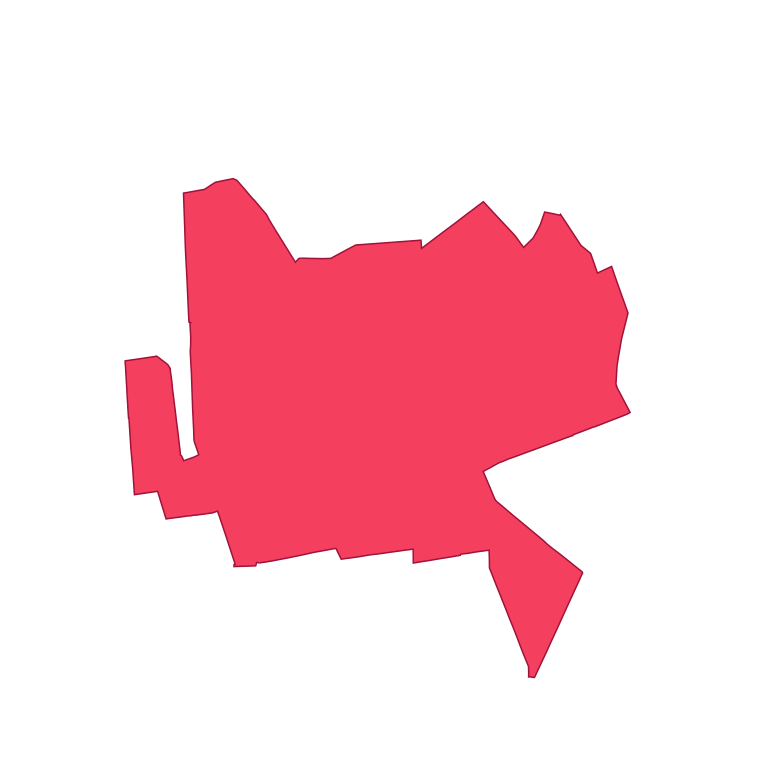 Otelec, Timis, Romania, rotated 296°
{"feature_id": "2599482B41708368975708", "entity_name": "Otelec", "entity_type": "district", "adm_level": 2, "iso_a3": "ROU", "parent_name": "Romania", "parent_adm1": "Timis", "projection": "natural_earth1", "projection_center": [20.849, 45.575], "detail": "fine", "context": "isolated", "style": "filled", "palette": "rose", "viewbox_px": 768, "rotation_deg": 296, "n_neighbors": 0, "source": "geoboundaries", "source_scale": "gbopen_adm2", "svg_char_len": 4059}
<svg xmlns="http://www.w3.org/2000/svg" viewBox="0 0 768 768"><g transform="rotate(296 384 384)"><path d="M466.3,617.7L473.3,608.2L483.7,594.0L484.0,594.2L485.6,592.5L495.3,588.5L502.7,585.4L511.9,582.6L524.7,578.9L529.6,577.5L534.5,576.5L551.5,572.9L554.7,572.2L559.5,567.4L567.5,559.2L576.6,549.9L589.4,537.0L577.3,527.2L580.9,523.6L591.6,512.8L592.0,512.2L593.2,507.3L594.9,500.2L597.6,495.7L607.8,478.6L613.9,468.2L612.8,468.0L611.1,461.0L609.0,453.0L599.4,454.2L595.9,454.6L590.6,454.6L580.3,454.0L579.9,453.8L567.9,449.6L574.1,438.1L576.4,432.5L584.3,411.8L591.4,393.4L585.0,390.1L573.8,384.4L558.2,376.6L546.4,370.5L532.8,363.6L522.4,358.3L529.5,354.2L523.7,344.3L509.3,319.6L496.8,298.1L496.2,297.4L491.8,294.2L488.0,291.4L480.0,285.7L473.9,281.3L473.6,281.1L470.1,274.5L463.6,260.6L462.2,257.4L460.2,253.3L459.7,252.7L459.3,252.4L458.8,252.2L454.6,251.0L467.0,231.3L474.4,219.5L478.1,213.7L481.2,209.0L484.9,203.9L489.5,193.2L492.8,185.8L492.6,185.5L497.8,173.8L502.2,163.4L502.6,162.5L502.4,158.3L495.1,148.8L492.0,144.8L491.5,144.1L487.8,141.8L480.3,137.4L469.6,122.8L467.7,120.1L436.1,136.9L421.7,144.5L413.4,149.0L391.6,161.1L363.1,176.6L354.1,181.6L354.4,183.3L353.4,183.0L347.0,186.6L341.3,189.8L337.9,191.4L334.1,193.2L329.4,195.1L328.1,195.7L316.3,202.2L309.4,206.1L278.7,222.4L257.7,233.9L250.6,237.6L248.3,239.4L244.9,242.9L239.6,248.2L239.2,248.5L235.5,245.7L231.3,241.6L227.9,238.3L227.7,238.0L227.3,237.6L228.3,236.4L230.7,233.4L230.9,232.5L230.9,232.3L233.6,230.6L236.3,228.9L239.8,226.6L244.7,223.5L251.7,219.0L258.1,214.8L259.4,213.9L265.5,210.0L270.9,206.5L279.5,200.9L282.5,199.0L285.6,196.9L287.3,195.8L288.8,194.9L290.5,193.9L293.7,191.9L297.5,189.4L298.9,188.4L301.8,186.5L304.4,184.9L304.6,184.4L305.3,183.3L306.5,181.4L306.6,181.2L307.4,177.7L308.4,172.6L309.1,169.2L309.3,167.2L308.2,165.9L306.7,163.7L304.0,159.8L301.0,155.4L295.2,146.9L292.0,142.2L291.3,141.2L289.0,142.4L285.5,144.5L279.8,147.7L272.3,151.9L269.0,153.8L266.5,155.2L263.3,156.9L256.4,160.8L252.6,163.0L250.3,164.2L246.3,166.5L241.2,169.4L241.3,169.9L238.7,171.3L233.8,174.1L214.5,185.1L197.8,195.2L175.1,208.2L182.4,218.9L188.3,227.6L180.5,234.8L167.2,247.3L170.6,252.3L174.1,257.7L177.8,263.2L179.5,265.6L180.0,266.6L180.7,267.9L182.2,269.9L183.2,271.5L183.6,272.0L183.7,272.5L188.9,280.3L192.7,286.0L196.7,290.1L191.6,295.3L181.3,305.4L175.9,310.7L170.5,315.9L160.3,325.8L158.0,328.1L156.6,329.3L156.0,328.4L154.1,329.2L154.4,329.7L155.6,331.9L159.9,340.1L164.3,348.4L167.8,347.8L168.1,349.0L168.7,350.6L171.2,354.3L175.9,361.0L180.9,367.6L186.5,375.1L191.9,382.1L196.3,387.7L202.1,395.0L207.2,402.0L215.2,412.8L213.9,414.5L207.8,422.3L212.7,429.7L217.6,437.0L223.0,444.5L227.1,450.6L227.6,451.6L232.9,459.5L235.5,463.3L240.5,470.8L243.7,475.5L246.2,479.4L248.3,482.4L248.2,482.7L246.3,483.6L241.2,486.2L235.9,488.8L241.0,496.0L244.8,501.5L248.9,507.2L250.7,509.7L251.9,511.4L254.9,515.7L259.4,522.0L261.6,525.0L262.1,525.9L263.5,527.7L264.9,527.7L265.4,528.6L268.4,533.4L273.7,540.8L279.1,548.9L280.7,551.3L272.5,555.6L264.9,559.4L258.9,566.0L252.6,572.8L246.6,579.5L244.5,581.9L243.8,582.6L237.5,589.5L235.7,591.5L234.8,592.5L228.4,599.4L222.5,606.0L216.4,612.7L204.1,625.8L198.2,632.4L193.6,637.6L188.9,640.1L185.4,641.8L184.1,642.4L184.5,642.9L186.2,647.9L198.9,647.7L214.0,647.5L227.6,647.1L239.6,646.9L256.4,646.4L269.5,646.1L286.7,645.7L300.5,645.3L300.6,645.5L301.7,645.0L302.0,644.5L305.2,630.4L308.1,617.5L310.0,607.8L311.7,600.5L313.3,595.5L315.2,587.7L317.5,578.2L320.3,566.8L322.1,559.2L324.0,551.8L326.3,542.9L327.4,538.4L328.0,536.1L328.8,534.7L329.6,533.6L330.2,532.8L331.3,531.6L334.2,528.3L340.1,521.6L344.1,517.0L347.8,512.7L348.8,511.5L351.4,513.3L355.7,516.4L359.1,518.7L363.8,522.1L366.3,524.5L368.1,526.1L370.4,528.0L375.8,533.3L384.9,542.0L398.0,554.6L405.9,562.1L414.7,570.6L419.0,574.8L420.4,576.2L420.5,576.4L421.4,576.3L423.6,578.5L431.1,585.5L435.7,589.8L437.5,591.5L437.8,592.1L438.5,592.7L445.0,598.7L451.8,605.0L454.5,607.5L459.9,612.5L463.8,616.0L466.3,617.7Z" fill="#f43f5e" stroke="#9f1239" stroke-width="1.5"/></g></svg>